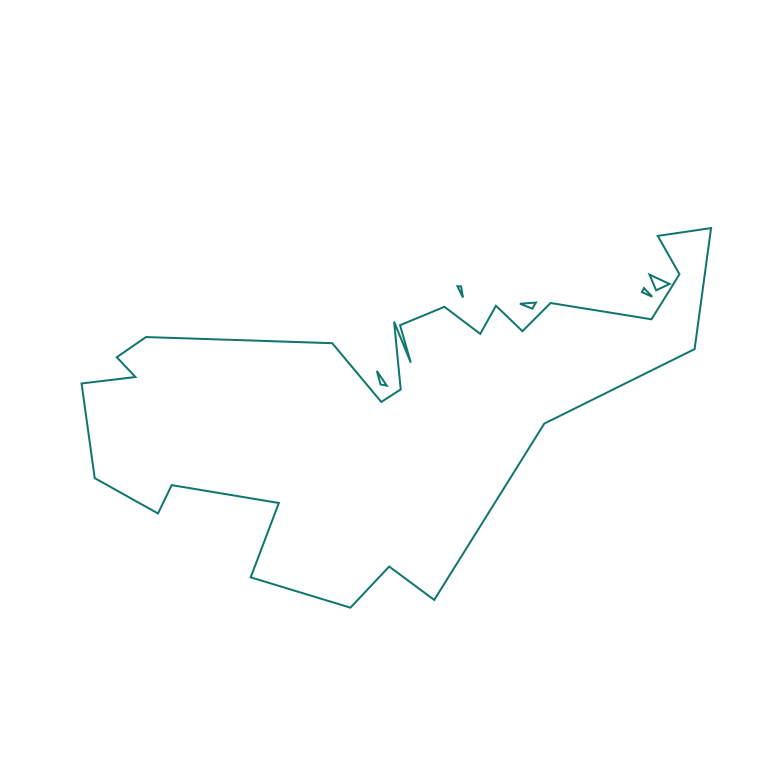 the border of Guangdong, rotated 193°
{"feature_id": "CHN-1180", "entity_name": "Guangdong", "entity_type": "Province", "adm_level": 1, "iso_a3": "CHN", "parent_name": "China", "parent_adm1": "", "projection": "albers", "projection_center": [112.97, 22.878], "detail": "coarse", "context": "isolated", "style": "outline", "palette": "teal", "viewbox_px": 768, "rotation_deg": 193, "n_neighbors": 0, "source": "natural_earth", "source_scale": "10m", "svg_char_len": 770}
<svg xmlns="http://www.w3.org/2000/svg" viewBox="0 0 768 768"><g transform="rotate(193 384 384)"><path d="M443.6,412.1L382.6,365.9L366.5,382.5L388.2,447.0L362.7,410.8L381.6,444.9L342.5,472.8L301.5,454.5L292.5,485.4L261.0,466.6L239.9,500.4L137.9,507.2L120.8,557.4L150.6,589.9L100.4,609.5L89.2,487.9L218.9,381.5L286.5,184.9L337.9,207.3L366.4,158.5L470.4,165.6L459.7,244.4L568.1,237.7L575.1,207.0L644.7,227.2L678.8,316.5L627.8,334.9L650.4,350.0L626.5,376.2L443.6,412.1ZM139.9,536.5L149.9,550.3L128.2,545.7L139.9,536.5ZM326.5,486.0L334.4,495.8L330.8,496.4L326.5,486.0ZM387.3,382.8L393.9,395.1L381.0,383.0L387.3,382.8ZM256.4,490.8L269.6,492.8L254.3,497.5L256.4,490.8ZM153.3,531.5L152.3,535.9L142.3,529.4L153.3,531.5Z" fill="none" stroke="#0f766e" stroke-width="2"/></g></svg>